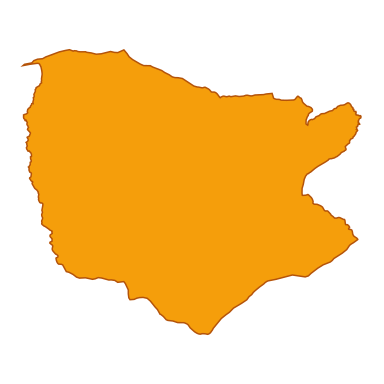 Nanyumbu, Mtwara, United Republic of Tanzania
{"feature_id": "72390352B85678020314776", "entity_name": "Nanyumbu", "entity_type": "district", "adm_level": 2, "iso_a3": "TZA", "parent_name": "United Republic of Tanzania", "parent_adm1": "Mtwara", "projection": "mercator", "projection_center": [38.515, -11.051], "detail": "fine", "context": "isolated", "style": "filled", "palette": "amber", "viewbox_px": 384, "rotation_deg": 0, "n_neighbors": 0, "source": "geoboundaries", "source_scale": "gbopen_adm2", "svg_char_len": 5830}
<svg xmlns="http://www.w3.org/2000/svg" viewBox="0 0 384 384"><path d="M23.0,65.6L29.8,64.3L37.3,63.3L38.7,63.5L39.5,64.0L41.0,67.0L41.8,70.8L42.1,73.3L42.1,74.7L41.5,78.7L41.6,80.5L41.3,81.6L41.6,82.8L40.3,83.7L39.4,85.7L36.1,87.6L36.1,88.4L35.2,89.7L35.4,91.2L33.9,94.4L34.2,96.0L34.1,96.9L33.3,97.6L33.6,99.4L32.9,102.1L33.1,103.5L32.6,103.3L31.7,103.7L31.4,105.0L30.4,106.2L30.3,107.2L28.4,108.5L28.4,108.8L27.7,109.5L27.3,111.6L27.7,112.8L27.4,113.1L26.4,113.9L24.1,114.6L23.5,115.0L23.7,116.2L23.5,116.7L23.6,117.6L23.9,118.6L25.0,119.6L24.9,120.2L25.2,120.6L26.1,120.2L26.3,120.5L26.3,121.1L27.3,122.4L26.9,124.0L27.1,124.9L27.7,125.6L28.5,127.5L27.8,128.4L27.5,129.6L30.4,132.8L30.4,133.3L29.3,136.1L27.2,137.2L27.1,137.5L28.1,139.1L28.2,140.2L27.5,141.4L26.1,142.4L26.9,143.7L26.8,144.9L27.2,145.4L27.3,146.0L26.4,147.7L26.7,149.0L28.1,151.2L29.2,151.0L29.6,151.7L30.6,152.5L31.4,154.0L31.5,156.3L31.1,156.7L30.5,156.8L30.5,157.1L30.6,158.9L31.2,160.3L31.2,161.7L30.2,162.3L30.2,164.8L29.6,165.4L29.1,166.6L28.4,167.0L28.6,167.5L29.1,167.9L29.0,170.1L29.7,172.0L31.2,173.0L31.4,173.6L31.0,176.5L30.7,177.1L29.7,177.8L29.6,178.5L31.3,181.0L32.5,181.6L32.7,182.1L32.1,183.1L32.2,183.9L34.4,187.8L35.0,188.6L36.8,190.0L38.3,192.1L38.1,192.8L38.8,194.2L38.3,197.1L38.7,197.9L38.5,199.6L38.9,200.8L39.8,202.5L40.8,203.0L41.5,202.9L42.5,203.4L42.8,203.9L42.9,204.9L41.9,210.3L42.5,212.3L41.7,214.5L41.8,215.9L42.6,217.9L42.5,218.9L41.7,220.8L41.7,221.6L42.0,222.6L41.7,223.5L42.0,224.4L44.1,226.1L45.3,226.6L49.0,229.2L49.6,229.9L51.9,231.0L52.1,231.3L51.8,231.6L52.2,233.5L50.3,234.8L50.0,235.5L50.0,236.2L50.4,237.0L51.9,238.6L52.1,239.5L51.9,241.4L50.1,242.1L49.8,243.0L50.7,243.9L52.0,244.8L52.7,245.8L52.7,246.5L52.2,248.8L52.3,249.8L53.0,251.1L55.6,254.1L56.6,254.4L58.0,255.8L57.9,256.9L57.2,257.5L56.3,257.7L56.0,258.4L56.4,260.5L57.0,262.1L57.8,263.4L58.6,264.1L61.4,264.3L62.7,264.9L66.3,271.6L69.0,272.3L73.0,274.4L76.5,277.1L79.5,278.1L85.5,277.8L92.5,279.3L95.2,278.8L98.2,277.6L101.5,278.0L108.8,280.0L111.3,279.9L114.8,280.4L117.7,282.3L123.8,281.6L125.3,283.5L128.3,289.9L128.3,293.9L128.8,297.8L130.0,299.7L134.1,299.4L136.8,298.2L139.4,297.6L143.1,297.4L147.2,298.3L150.4,301.1L155.0,306.9L157.5,309.6L160.1,314.3L160.8,314.4L163.4,316.5L166.2,319.7L167.8,320.4L172.9,321.0L177.7,322.6L184.1,322.7L186.9,323.9L188.2,324.9L190.2,327.9L194.6,331.8L196.9,333.2L198.6,333.9L199.8,334.1L200.9,334.1L201.8,333.7L203.4,333.7L205.2,333.8L207.7,334.3L208.9,333.9L210.4,332.8L212.6,329.7L213.2,328.4L221.3,318.5L226.0,314.7L229.4,312.3L233.5,308.1L241.6,303.3L246.8,299.8L249.1,296.6L251.7,294.6L253.3,292.4L255.1,290.7L259.4,287.1L263.8,283.9L265.1,282.6L266.9,281.4L268.0,280.9L276.0,279.3L292.4,275.0L305.2,276.9L308.4,275.9L311.1,273.3L317.9,268.1L323.2,264.8L330.3,262.0L332.2,260.5L333.9,258.5L342.2,253.2L346.7,249.6L349.6,245.3L351.4,243.9L353.3,242.8L357.6,239.7L357.8,239.3L356.8,238.1L353.9,236.2L352.8,234.4L352.3,231.4L351.8,230.1L350.7,229.5L348.9,229.3L348.6,229.0L348.6,228.6L349.6,227.2L348.7,225.7L347.5,224.7L345.7,224.6L345.4,224.0L344.9,220.3L344.5,219.5L343.7,219.5L339.8,217.6L338.4,217.5L336.6,218.1L334.6,218.1L333.1,216.6L331.1,215.1L330.6,214.1L327.9,211.2L327.2,210.9L325.3,211.0L324.3,210.3L322.5,207.1L320.7,205.8L317.1,204.3L314.2,204.2L312.9,203.2L313.1,201.4L312.4,199.3L311.4,197.6L308.7,195.0L307.9,194.5L305.9,195.2L302.5,195.4L302.3,195.3L302.0,193.3L302.1,188.4L303.3,184.3L304.2,179.4L305.6,176.1L307.3,173.9L308.7,173.5L309.3,172.7L310.6,172.1L315.0,168.4L318.0,166.3L325.5,161.9L328.2,160.1L328.7,159.3L330.1,158.7L331.4,158.7L334.7,157.8L335.4,157.2L336.9,156.6L339.9,154.3L341.4,152.5L344.3,151.1L344.7,150.5L345.6,150.2L346.1,149.1L345.6,148.1L345.3,146.5L348.1,143.9L349.4,143.1L349.6,142.5L349.6,140.4L350.4,139.9L350.7,139.1L352.6,138.3L353.0,137.8L353.1,137.0L354.0,136.3L355.8,133.7L356.0,132.4L357.6,130.5L357.4,129.9L356.4,129.5L356.8,128.7L356.4,127.1L357.6,126.4L357.6,125.5L358.1,124.9L358.1,124.5L359.4,124.3L359.0,123.8L359.3,123.5L358.3,122.8L358.6,122.3L358.2,121.8L358.5,121.3L358.3,120.8L358.7,120.3L359.0,119.3L359.5,118.6L360.7,118.0L361.0,116.9L360.8,116.0L360.4,115.7L359.9,116.0L358.6,115.3L358.3,115.5L357.7,115.1L356.2,114.9L356.1,114.3L355.6,113.9L356.1,112.8L356.0,112.2L355.7,112.0L355.8,111.5L354.2,111.3L353.7,110.3L353.8,109.4L352.8,109.0L353.0,108.2L352.8,107.6L351.6,106.7L350.6,104.5L349.4,103.3L348.0,102.8L346.8,103.3L344.8,104.6L343.2,105.1L340.4,105.3L337.6,106.5L336.2,108.3L334.3,108.7L332.4,110.6L329.5,111.2L324.6,113.5L321.8,113.7L320.7,114.1L319.1,115.6L316.0,116.8L314.5,118.7L312.4,119.6L311.6,119.4L310.3,119.8L309.3,120.6L308.4,121.6L307.9,123.2L308.0,124.3L307.7,125.2L306.3,124.2L306.0,123.8L306.1,120.1L307.3,116.8L308.3,115.4L308.4,114.3L309.4,113.1L312.2,111.3L312.4,110.9L312.4,109.3L311.0,107.6L308.7,106.5L306.9,106.2L303.5,103.2L302.5,101.9L301.9,99.8L301.2,98.3L299.6,97.6L298.5,96.4L297.5,96.3L294.9,99.5L293.6,100.0L286.6,100.3L281.3,100.2L279.3,99.4L276.2,99.3L274.7,98.8L273.6,98.2L272.1,93.4L266.1,94.0L263.6,94.6L255.0,95.0L252.0,95.9L250.6,95.9L247.3,95.2L245.9,95.3L243.5,96.1L239.1,96.5L235.5,95.9L230.9,96.7L229.2,96.1L227.0,96.7L226.2,96.7L223.9,96.1L222.9,96.2L220.7,97.2L220.2,97.7L219.7,97.3L217.2,93.9L215.7,92.6L214.3,92.1L212.0,92.1L211.3,91.9L209.5,89.8L208.5,89.0L205.3,87.3L204.2,87.3L202.8,87.8L202.0,87.8L198.6,87.1L197.2,87.0L193.8,86.0L182.4,78.5L178.0,77.7L174.9,77.6L172.3,76.9L169.1,74.7L164.8,72.6L161.7,70.5L152.6,67.0L150.3,65.7L143.7,65.6L140.3,64.1L132.6,59.6L129.1,56.8L127.1,53.7L123.9,49.9L117.8,52.6L114.4,52.4L110.5,51.5L101.2,53.8L96.2,54.2L91.1,52.9L86.6,52.3L85.7,51.8L80.0,51.8L77.7,51.5L76.6,50.9L74.2,50.7L73.2,51.1L69.5,49.7L65.2,50.5L59.3,51.9L45.8,56.9L42.6,58.7L37.5,59.2L33.9,60.6L31.8,62.9L24.5,64.3L23.0,65.6Z" fill="#f59e0b" stroke="#b45309" stroke-width="1.5"/></svg>